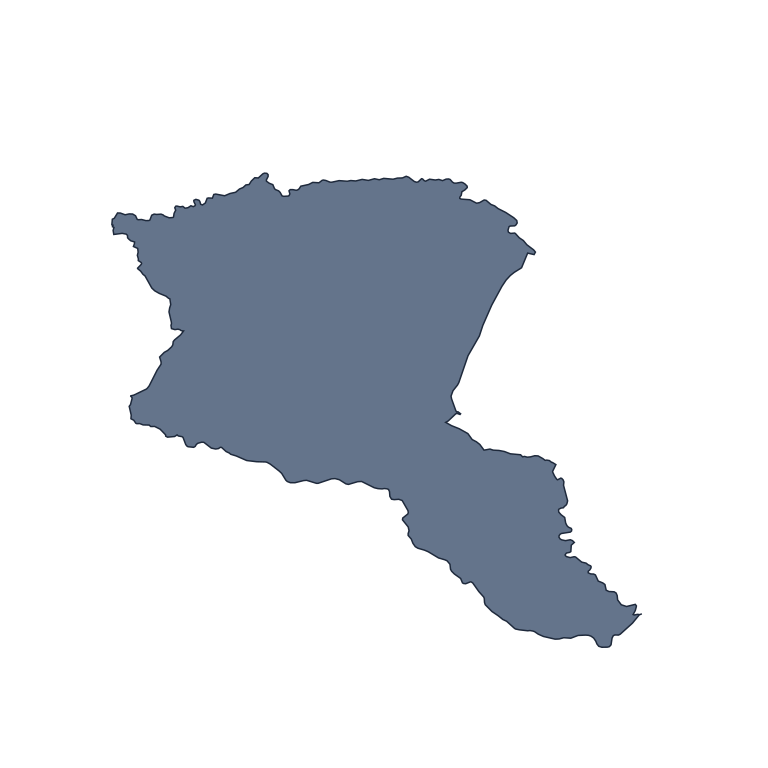 outline of Saraphi, Chiang Mai, Thailand, rotated 282°
{"feature_id": "78962969B91762901064506", "entity_name": "Saraphi", "entity_type": "district", "adm_level": 2, "iso_a3": "THA", "parent_name": "Thailand", "parent_adm1": "Chiang Mai", "projection": "robinson", "projection_center": [99.016, 18.691], "detail": "fine", "context": "isolated", "style": "filled", "palette": "slate", "viewbox_px": 768, "rotation_deg": 282, "n_neighbors": 0, "source": "geoboundaries", "source_scale": "gbopen_adm2", "svg_char_len": 6158}
<svg xmlns="http://www.w3.org/2000/svg" viewBox="0 0 768 768"><g transform="rotate(282 384 384)"><path d="M596.5,421.6L597.4,419.1L597.4,417.6L595.4,412.7L595.1,410.8L595.7,409.0L597.8,406.2L598.0,404.6L597.3,402.1L595.1,399.0L595.5,395.1L594.2,391.8L593.8,386.0L591.0,382.5L591.3,381.0L592.6,379.1L592.6,378.0L588.8,375.4L588.1,373.8L588.4,371.5L591.4,365.2L591.8,362.5L589.4,359.2L588.2,354.3L586.2,350.3L585.1,341.0L582.8,336.9L582.8,332.0L579.9,326.4L579.6,320.1L576.7,314.1L576.1,309.2L574.7,305.9L573.6,297.8L570.5,290.9L570.2,289.3L571.0,284.7L570.9,282.3L570.4,281.2L567.3,278.5L566.4,272.4L563.5,268.8L560.2,261.5L557.3,260.4L555.9,259.2L555.2,257.8L555.2,254.5L554.6,251.8L553.2,250.9L550.4,252.4L548.6,252.0L547.9,251.2L546.7,246.8L546.8,245.2L549.8,242.6L551.0,240.8L551.6,237.5L552.3,236.3L555.9,233.8L556.5,230.1L557.9,226.9L559.1,226.5L562.9,227.5L564.7,227.1L565.7,225.6L565.4,223.2L564.4,221.8L559.4,218.2L558.9,214.7L554.9,212.0L551.1,210.6L550.0,207.5L546.9,205.3L544.7,202.1L540.7,199.0L538.3,193.7L535.0,189.0L534.8,179.9L534.0,178.1L530.1,177.5L529.5,173.7L528.9,172.4L523.9,171.6L521.4,169.2L521.7,167.3L524.3,165.9L525.3,164.7L525.5,161.6L524.1,159.8L522.7,160.2L520.0,162.3L519.0,162.0L517.8,160.5L518.2,158.1L515.7,155.6L514.6,152.9L515.9,150.3L514.9,147.8L515.0,144.4L514.6,143.3L512.9,142.7L510.7,144.1L507.3,143.2L503.5,143.4L503.0,143.0L501.9,139.3L502.7,134.2L503.5,132.7L503.8,130.6L502.6,126.4L502.4,123.8L500.8,121.7L495.7,120.9L495.0,120.0L494.3,117.1L494.5,112.7L493.6,109.5L493.7,108.4L496.9,106.0L498.0,102.8L497.4,99.4L495.7,95.6L496.4,90.6L495.9,87.8L490.0,85.7L488.7,84.0L483.1,84.7L483.0,85.9L481.4,85.7L481.0,87.3L477.9,87.1L474.1,88.6L476.9,96.6L477.0,100.7L476.0,102.2L473.7,102.8L472.5,104.5L471.4,106.6L471.1,110.5L469.2,110.7L466.4,110.3L465.4,114.9L461.8,116.1L458.5,116.0L455.4,117.7L453.6,118.0L452.4,121.2L451.7,121.8L450.6,121.7L446.1,118.9L445.6,119.0L443.8,122.5L441.2,125.4L440.0,127.8L429.6,136.9L427.5,140.3L425.9,145.3L424.6,152.5L423.0,155.5L422.8,156.8L417.3,158.9L413.9,158.5L409.8,158.7L400.4,163.1L398.7,163.6L397.2,163.4L394.0,164.6L393.7,168.2L394.8,171.0L394.7,173.1L394.0,174.5L394.2,176.9L389.7,174.8L383.8,170.1L381.7,169.0L378.4,169.3L376.3,168.6L371.8,165.4L369.3,162.5L363.7,158.9L359.2,161.4L357.0,161.8L350.4,159.2L333.4,154.7L330.9,153.5L329.7,152.7L321.0,141.4L319.8,138.8L319.4,138.8L318.4,140.3L317.4,140.6L311.1,140.3L309.2,139.4L301.0,143.2L297.4,143.7L296.5,146.8L294.0,149.4L293.8,150.5L294.5,153.3L293.9,156.9L295.0,162.8L293.9,164.7L294.8,168.5L293.3,174.3L288.9,180.9L287.6,181.3L287.0,183.3L289.1,190.1L291.2,192.2L290.4,193.6L290.5,197.4L290.0,198.5L283.5,202.7L282.2,204.3L281.9,205.4L282.5,211.0L283.7,212.3L285.8,213.0L287.3,214.2L289.2,217.8L289.5,219.9L285.4,228.4L285.4,232.8L286.4,235.5L288.0,237.0L288.2,238.3L285.1,243.6L284.3,247.0L283.4,248.7L282.9,254.4L280.6,265.6L281.5,275.6L283.1,284.2L283.1,285.8L282.0,289.4L277.0,299.7L275.3,302.5L269.5,308.0L268.5,309.7L268.0,312.9L268.9,317.4L272.8,325.4L273.7,328.3L272.8,338.6L273.1,340.1L280.3,352.3L281.3,355.8L281.1,360.2L278.4,367.5L278.4,370.1L283.0,378.6L284.0,382.4L280.5,396.0L280.4,399.9L281.0,404.0L281.8,406.0L282.1,408.9L281.8,410.3L280.0,411.7L275.3,413.1L272.9,415.3L273.0,418.0L274.3,422.4L273.8,426.0L265.1,433.8L263.1,434.5L261.8,434.3L256.8,430.2L255.0,430.3L249.2,437.4L245.6,439.0L242.8,438.7L240.9,439.1L238.0,442.9L234.2,445.4L231.4,448.4L230.4,451.3L229.9,458.1L229.1,462.2L225.2,473.5L224.7,480.0L224.2,482.4L221.4,486.0L216.6,487.6L214.9,489.1L212.8,492.3L209.7,499.4L205.8,502.1L205.4,503.3L205.6,505.4L208.4,509.6L208.5,510.5L207.9,512.1L200.7,519.9L196.3,525.9L195.0,526.7L191.3,527.7L189.2,528.9L183.9,536.9L181.1,543.8L178.4,549.1L177.4,553.3L172.4,561.9L171.7,563.4L171.7,567.5L172.5,575.9L173.2,578.0L173.3,581.0L173.1,582.7L171.4,586.8L170.2,592.4L170.0,604.4L171.0,608.3L173.2,612.6L174.2,619.6L178.4,626.1L180.3,633.4L180.7,636.4L180.4,638.9L179.1,641.9L176.4,644.7L174.0,646.3L172.1,648.6L171.8,651.8L173.1,657.4L174.0,659.1L176.1,660.3L182.8,659.9L185.5,660.6L186.5,661.9L187.2,665.6L188.4,667.1L201.8,676.8L211.3,681.7L212.8,684.0L211.6,682.2L211.4,679.8L210.1,676.9L210.3,675.6L214.6,676.9L218.6,677.1L219.5,677.0L220.7,675.6L216.8,667.5L217.4,662.0L221.4,657.4L225.5,656.1L227.8,654.5L228.6,652.3L227.8,647.2L228.5,644.2L233.8,641.8L234.9,639.4L235.8,634.5L241.2,630.5L241.7,628.6L241.2,625.7L241.8,623.0L243.3,622.7L245.0,624.0L247.1,624.7L248.3,624.6L249.1,623.9L249.6,621.3L250.8,618.9L250.9,614.4L254.6,607.4L254.6,605.9L252.9,602.2L253.1,598.4L253.9,597.0L254.7,596.7L256.6,597.6L257.9,600.6L258.9,601.6L265.3,600.7L268.6,603.1L270.0,600.9L270.4,598.6L268.5,594.1L268.5,590.5L268.9,588.7L270.5,587.0L272.1,586.8L273.8,587.6L274.7,588.7L277.9,597.1L279.2,598.0L280.7,597.9L281.7,597.1L282.3,594.2L283.5,592.4L285.8,590.6L291.0,588.5L292.9,584.5L295.0,581.6L297.2,580.9L297.9,581.1L299.4,582.9L300.3,585.3L301.8,585.9L303.0,587.1L304.8,587.8L307.9,587.9L322.2,580.7L325.7,580.3L327.4,579.2L328.6,577.5L328.7,576.5L326.4,573.7L326.6,572.9L329.4,570.0L332.8,567.4L333.6,567.1L340.9,568.9L342.3,565.0L342.2,564.3L343.5,561.7L343.4,559.0L342.8,557.5L344.1,554.8L345.7,549.7L345.2,546.4L343.2,542.5L342.2,539.3L342.4,536.6L341.6,534.7L343.2,532.3L342.0,522.1L343.0,515.8L342.9,510.3L342.0,504.5L342.4,501.2L340.1,495.6L344.8,490.3L346.7,486.4L348.0,481.8L352.9,476.4L355.9,466.8L357.3,458.7L359.3,452.3L361.2,454.5L369.8,460.4L370.4,461.6L370.0,464.7L370.8,465.1L372.2,462.1L371.8,460.8L373.0,459.7L383.5,453.2L386.1,452.1L391.8,452.9L398.2,456.1L400.9,456.9L429.1,460.3L450.8,467.3L461.9,468.5L483.6,473.0L503.9,479.0L511.0,481.8L516.4,485.0L520.3,488.2L526.3,494.4L541.9,497.3L541.8,503.9L544.5,504.7L546.3,502.5L549.9,494.8L553.3,490.5L555.2,485.8L558.5,481.3L558.8,480.4L557.6,476.5L558.4,474.1L560.2,473.3L563.9,473.6L564.7,474.5L565.9,479.0L567.0,480.0L569.2,480.8L571.5,479.9L573.6,476.4L577.1,467.4L579.3,459.1L581.2,455.3L581.9,451.2L584.9,445.7L584.8,443.7L581.3,439.8L580.1,437.0L582.1,429.7L580.9,421.1L581.3,419.5L582.4,419.3L584.7,420.3L588.2,420.2L590.7,422.8L593.4,424.6L594.8,424.2L596.5,421.6Z" fill="#64748b" stroke="#1e293b" stroke-width="1.5"/></g></svg>